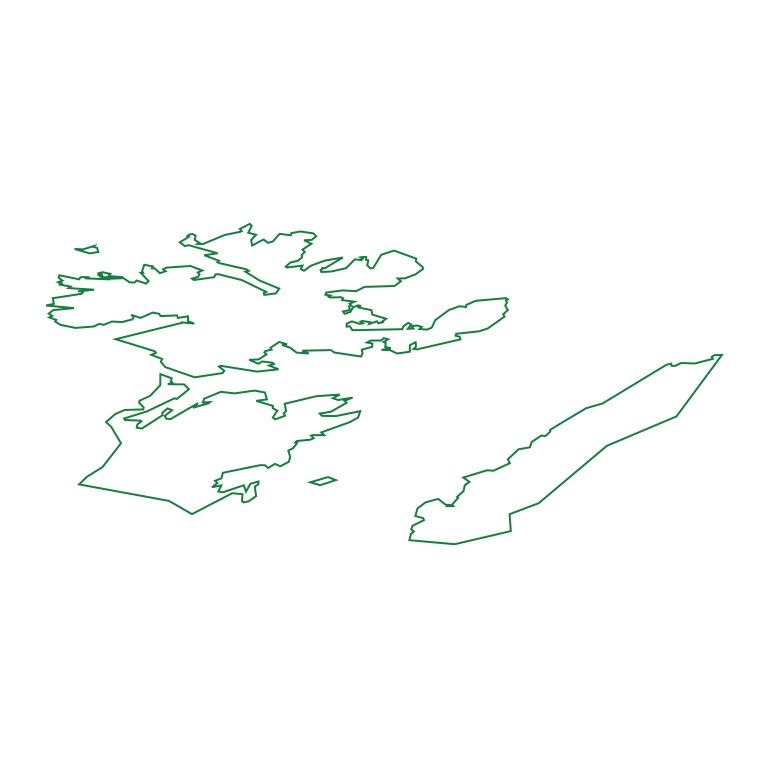 Nordkapp nor, Finnmark, Norway
{"feature_id": "86288312B7407058385806", "entity_name": "Nordkapp nor", "entity_type": "district", "adm_level": 2, "iso_a3": "NOR", "parent_name": "Norway", "parent_adm1": "Finnmark", "projection": "robinson", "projection_center": [25.725, 70.921], "detail": "fine", "context": "isolated", "style": "outline", "palette": "green", "viewbox_px": 768, "rotation_deg": 0, "n_neighbors": 0, "source": "geoboundaries", "source_scale": "gbopen_adm2", "svg_char_len": 6088}
<svg xmlns="http://www.w3.org/2000/svg" viewBox="0 0 768 768"><path d="M249.9,223.8L239.9,229.0L241.7,231.1L240.3,231.8L224.9,234.9L202.8,244.1L197.6,243.9L199.4,242.9L194.7,239.8L195.6,235.8L192.8,234.1L189.3,234.5L187.4,236.1L188.8,236.8L179.9,242.3L184.8,246.1L188.7,245.2L217.7,253.3L204.3,255.2L219.0,260.8L217.4,262.3L220.1,263.3L245.9,269.2L248.6,270.8L245.4,271.7L259.7,280.6L279.2,288.6L275.9,293.4L264.3,294.9L263.8,293.0L266.2,291.9L241.7,280.0L218.1,274.2L215.5,274.4L214.2,277.2L193.8,280.0L192.0,278.6L198.0,276.9L199.5,274.3L197.8,272.5L202.3,270.5L190.5,266.0L166.7,267.6L163.2,269.3L165.6,271.2L159.9,273.2L154.6,268.3L151.9,268.3L152.9,266.4L144.3,264.8L142.1,270.9L143.2,272.9L140.8,272.9L148.6,281.1L146.1,283.6L136.5,280.5L134.7,282.5L129.6,282.3L123.6,278.2L109.6,278.7L109.0,278.1L107.6,278.0L107.3,277.6L123.1,277.2L110.3,276.2L108.9,275.0L110.3,273.9L102.5,272.2L99.3,273.1L102.2,274.3L97.4,274.7L103.1,275.5L99.1,276.2L104.7,277.5L101.3,277.4L103.9,278.5L105.7,277.2L107.1,277.1L106.5,277.7L108.2,279.3L84.7,278.3L89.5,277.1L80.5,277.2L79.1,279.3L59.4,275.3L58.6,277.7L62.5,280.6L58.2,282.1L62.8,283.7L58.7,284.4L70.6,286.6L68.6,288.1L94.2,289.7L78.0,291.3L83.4,291.6L81.6,293.8L52.8,298.2L53.9,303.8L46.1,305.5L74.0,308.1L53.3,310.1L48.7,313.7L52.2,315.9L49.3,317.4L56.2,319.9L55.2,321.5L60.6,324.9L75.4,327.9L93.8,326.5L99.5,323.8L103.6,324.9L112.0,321.5L121.9,322.1L132.5,319.3L133.7,316.5L131.1,314.9L140.6,317.9L152.6,312.6L159.2,313.8L160.5,316.1L177.0,315.4L177.9,317.9L188.1,316.4L188.0,321.3L194.3,323.6L180.8,322.3L182.0,322.8L115.6,339.2L154.7,351.2L156.0,352.8L151.3,354.8L162.2,359.0L160.8,361.8L165.3,367.1L194.7,377.3L222.5,373.1L224.3,370.7L218.9,366.6L220.6,365.8L257.2,371.6L278.5,369.3L269.1,365.5L273.9,364.0L272.4,362.7L262.0,361.5L258.5,363.8L249.1,359.8L258.7,359.4L266.5,354.3L264.4,352.3L265.2,351.1L271.6,349.6L270.5,347.8L279.1,342.0L287.1,344.2L282.1,345.0L290.2,347.7L296.5,352.6L308.7,353.5L302.3,350.7L331.0,350.1L334.3,352.5L361.0,356.5L362.5,353.7L361.8,349.7L372.2,346.8L372.3,343.5L367.0,342.5L370.8,340.5L381.2,340.5L383.8,338.1L388.1,339.3L383.6,342.0L385.8,343.1L385.2,346.9L390.8,348.1L381.5,349.9L389.9,350.1L397.1,353.5L409.8,351.7L409.9,345.2L415.6,342.2L416.0,346.8L413.5,348.9L416.9,349.4L460.4,339.4L459.6,336.8L455.5,335.6L456.2,333.8L479.2,331.3L487.9,328.4L504.5,316.6L503.2,314.3L507.8,310.0L505.2,305.6L507.0,302.7L505.9,300.3L507.8,299.4L506.2,298.1L475.7,300.8L466.3,304.9L466.0,307.0L459.6,306.2L449.2,309.9L435.3,320.1L431.7,327.7L426.9,329.6L419.6,329.0L421.8,326.9L417.0,325.5L411.4,326.3L413.4,328.5L407.9,328.8L411.2,324.6L408.2,322.9L403.3,326.3L402.4,329.2L352.4,330.2L349.9,326.3L346.6,326.6L346.7,323.7L351.9,321.4L359.8,323.9L362.8,323.3L360.5,321.7L362.3,321.0L370.1,322.2L369.1,324.0L377.0,321.3L378.3,323.3L384.0,321.8L382.3,321.5L386.1,318.7L372.3,314.6L371.4,310.1L358.9,307.6L357.8,306.7L361.0,306.0L358.1,305.3L352.8,307.5L350.4,312.0L344.6,313.8L343.0,311.5L349.8,310.0L349.0,306.4L351.5,305.6L349.5,303.8L354.4,301.7L342.0,300.1L343.1,298.2L340.8,297.2L329.8,297.5L328.5,296.5L330.3,295.5L325.4,294.7L326.2,292.6L342.4,290.4L356.2,291.2L364.5,286.9L394.4,286.0L400.9,281.3L397.7,278.5L405.0,278.3L415.6,274.3L423.1,268.9L422.6,267.0L415.8,261.4L416.2,258.6L394.0,250.6L381.2,254.8L373.2,268.1L370.3,268.3L367.2,265.2L368.3,260.3L366.1,259.9L366.2,257.0L363.1,256.9L360.4,257.4L362.8,258.8L361.5,260.1L354.8,259.4L346.1,268.2L331.3,271.5L321.4,272.0L320.6,270.0L323.2,268.4L321.3,267.9L324.9,268.2L342.9,257.5L324.9,260.6L310.9,265.7L304.0,270.8L300.8,268.9L302.5,265.6L287.0,267.5L285.7,266.7L290.4,262.5L297.8,260.8L302.0,257.4L301.7,255.0L304.7,252.0L302.5,249.6L311.4,243.7L304.1,240.3L311.7,239.9L316.2,236.3L313.5,233.4L300.5,231.5L291.5,233.1L290.8,235.2L279.5,233.9L273.0,241.4L267.9,242.9L263.6,239.5L252.1,245.5L251.2,240.0L256.1,234.8L248.3,232.7L251.7,226.0L249.9,223.8ZM192.0,514.1L232.3,493.2L242.5,494.2L242.0,501.3L243.5,502.4L248.8,501.3L256.1,496.1L254.8,486.7L258.5,484.0L258.5,481.5L250.4,483.8L246.0,491.7L243.8,485.3L222.8,492.3L218.4,491.5L221.3,485.4L212.0,487.2L217.4,483.0L215.0,480.8L221.3,478.4L222.9,472.8L260.5,465.1L265.3,465.4L268.1,468.0L275.0,463.9L280.3,466.3L288.9,461.7L290.2,456.8L288.3,450.6L293.2,448.1L297.1,443.1L295.3,442.5L296.8,441.0L310.2,439.7L313.7,438.2L311.1,435.6L313.2,435.1L324.2,435.1L321.3,432.4L349.9,422.1L358.1,417.5L360.2,411.2L335.7,416.1L321.9,415.8L319.8,413.6L331.0,411.7L346.6,402.8L344.5,400.8L352.7,397.6L338.1,400.0L332.9,398.2L339.8,394.6L316.3,396.2L284.6,403.8L286.1,411.0L283.7,413.2L285.1,415.7L275.2,419.4L272.8,417.5L277.3,410.7L272.7,408.1L272.9,405.9L256.3,400.9L266.9,399.4L264.9,392.5L254.6,390.6L234.4,393.4L220.9,391.8L204.2,398.7L202.8,402.5L210.1,402.1L208.6,403.3L193.1,407.7L198.1,403.1L170.5,419.1L166.4,418.7L164.7,415.9L172.1,410.2L167.6,408.4L162.3,412.8L162.6,415.2L142.0,428.5L136.7,427.7L137.4,424.5L141.4,421.4L140.3,420.6L124.9,420.0L124.1,418.5L146.8,411.5L174.4,398.3L176.8,399.0L188.9,389.3L184.1,384.4L167.8,384.2L172.3,382.6L170.9,380.9L171.7,378.3L160.4,374.1L160.3,385.1L150.2,395.8L139.5,400.7L139.2,402.9L143.7,407.4L143.3,409.4L124.6,410.0L115.3,414.0L106.1,422.1L111.2,426.8L121.0,443.3L102.5,467.1L86.9,476.8L79.1,484.4L169.0,500.9L192.0,514.1ZM721.9,355.0L714.6,355.1L711.7,356.8L712.9,358.8L694.8,363.5L681.2,363.0L674.8,366.0L671.6,365.8L671.2,363.7L666.4,364.8L602.5,403.5L586.2,408.2L559.0,424.4L550.0,430.0L550.3,431.6L545.4,436.0L541.2,435.6L531.7,442.0L529.9,447.3L518.5,449.3L507.8,459.3L509.8,463.2L493.5,470.7L487.0,470.3L463.3,477.5L469.4,481.9L464.8,485.2L463.5,491.2L457.1,496.9L458.1,497.9L452.1,504.6L453.2,506.0L447.7,506.1L449.3,505.0L445.7,504.7L438.1,498.9L425.5,502.4L417.5,508.4L415.4,516.0L423.2,518.2L424.0,520.1L412.7,525.7L411.2,529.3L413.8,531.5L410.9,534.1L409.4,540.2L454.7,544.2L510.8,531.1L509.6,514.2L538.7,503.2L606.9,445.8L676.5,416.4L721.9,355.0ZM335.8,480.1L328.0,477.1L310.3,482.3L320.2,485.2L335.8,480.1ZM93.5,246.9L94.4,245.9L82.9,249.4L74.6,248.9L89.5,253.4L98.3,252.0L97.0,247.8L93.5,246.9Z" fill="none" stroke="#15803d" stroke-width="2"/></svg>